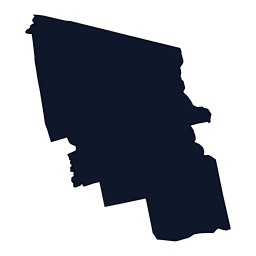 the district of Babaita, Teleorman, Romania
{"feature_id": "2599482B60473454525777", "entity_name": "Babaita", "entity_type": "district", "adm_level": 2, "iso_a3": "ROU", "parent_name": "Romania", "parent_adm1": "Teleorman", "projection": "albers", "projection_center": [25.418, 44.126], "detail": "fine", "context": "isolated", "style": "filled", "palette": "ink", "viewbox_px": 256, "rotation_deg": 0, "n_neighbors": 0, "source": "geoboundaries", "source_scale": "gbopen_adm2", "svg_char_len": 5382}
<svg xmlns="http://www.w3.org/2000/svg" viewBox="0 0 256 256"><path d="M179.7,48.7L139.2,38.8L70.9,21.9L65.6,21.4L64.1,21.1L48.0,17.4L44.5,16.5L39.0,15.7L36.5,15.5L34.6,15.4L34.9,15.7L35.0,16.0L35.1,16.3L35.1,16.9L35.0,17.1L34.3,18.0L34.1,18.6L33.3,19.2L33.1,19.5L32.9,20.2L32.9,20.5L33.3,21.2L33.5,21.6L34.0,21.9L34.1,22.1L34.3,22.2L34.5,22.5L34.8,23.0L34.9,23.4L34.8,23.6L34.7,23.7L34.5,23.9L34.0,24.1L33.6,24.2L33.2,24.4L32.6,24.6L31.9,25.1L30.9,25.9L30.7,26.1L30.6,26.4L30.5,26.7L30.7,27.0L30.7,27.4L30.6,27.8L30.5,28.0L30.4,28.2L29.4,28.9L28.9,29.3L28.3,29.5L27.4,30.1L26.7,30.7L26.4,31.1L26.2,31.4L26.1,31.7L26.0,31.9L26.0,32.3L26.5,32.6L27.2,32.8L29.0,33.2L30.8,33.3L31.3,33.3L31.9,33.4L32.4,33.5L32.6,35.3L33.5,41.5L35.2,56.6L35.3,60.6L37.2,71.9L38.5,80.5L39.4,84.8L40.6,91.1L44.3,114.0L45.6,123.2L47.1,127.3L47.6,128.5L48.7,132.1L51.5,141.3L65.9,137.0L67.4,136.6L69.0,140.3L69.4,141.5L70.3,142.8L71.1,143.4L72.6,144.2L74.7,145.1L75.8,144.5L76.9,148.6L76.0,151.2L68.2,154.6L69.4,157.2L69.7,157.3L69.8,157.5L69.9,157.9L69.9,158.5L69.8,159.1L69.9,159.3L70.0,159.4L70.1,159.5L70.5,159.3L70.9,159.7L71.1,159.9L71.3,160.5L71.3,160.8L71.3,161.1L71.0,161.8L70.7,162.5L70.7,163.0L70.8,163.2L70.9,163.4L71.5,163.7L71.9,164.1L72.1,164.3L72.3,165.8L72.2,166.5L72.0,166.8L71.9,167.0L71.8,167.3L71.6,167.4L71.4,167.5L71.0,167.4L70.8,167.6L70.7,167.9L70.8,168.2L70.9,168.5L71.4,169.2L72.0,169.5L72.1,169.8L71.9,170.1L71.5,170.2L71.1,170.2L71.0,170.3L70.9,170.4L71.1,170.8L71.1,171.0L71.3,171.1L71.7,171.2L73.2,171.2L73.4,171.0L73.6,170.8L73.6,170.7L73.4,170.3L73.4,170.1L73.5,169.9L73.8,169.8L74.1,169.9L74.2,170.0L74.3,170.3L74.4,170.5L74.4,171.2L74.3,171.8L74.2,172.7L74.3,172.9L74.5,173.1L74.6,173.6L74.6,173.8L74.1,174.2L74.0,174.3L74.1,174.6L74.8,175.1L74.9,175.4L74.9,175.6L74.6,176.4L74.2,176.9L73.9,177.1L73.4,177.1L73.1,177.2L72.3,177.7L72.2,177.9L72.3,178.1L72.0,178.6L72.2,179.3L72.2,179.6L71.9,180.7L72.0,180.9L72.7,181.6L72.8,182.0L73.3,182.3L73.5,182.3L73.6,182.1L73.9,182.1L73.9,183.2L73.9,183.5L73.9,184.4L74.0,184.8L74.1,186.1L74.1,186.4L74.9,186.7L75.6,186.8L78.0,185.7L78.4,185.7L79.9,185.1L80.2,184.9L80.2,184.7L80.7,184.2L80.9,183.9L81.3,183.3L81.5,183.0L81.6,182.8L82.0,182.7L82.3,182.8L82.8,183.4L82.8,183.6L82.8,184.0L83.4,184.8L83.4,185.2L83.5,185.4L83.6,185.6L83.8,185.7L84.0,185.7L84.3,185.7L84.8,185.6L93.6,182.7L96.8,181.9L100.0,181.1L101.4,187.8L105.2,206.1L131.6,200.7L145.7,197.7L146.6,199.0L151.9,225.0L152.9,230.1L153.3,232.6L155.2,235.4L157.4,238.8L158.1,238.9L161.3,239.1L174.4,240.6L176.9,240.4L188.9,236.9L194.0,233.6L199.8,232.6L207.9,232.2L213.1,232.3L216.6,228.7L217.7,227.9L218.9,227.8L224.1,229.5L224.2,229.4L224.7,229.3L225.1,229.3L225.5,229.6L225.9,229.8L226.3,229.7L226.9,229.6L227.4,229.5L227.6,229.2L227.9,229.1L230.0,228.7L222.3,194.8L215.2,159.9L214.3,159.6L214.0,159.4L213.5,158.8L213.1,158.5L212.6,158.1L211.5,157.5L211.2,157.1L210.7,157.1L210.5,156.7L210.3,156.6L209.7,156.5L209.5,156.4L209.2,156.1L208.8,155.9L208.3,155.7L207.8,155.7L207.6,155.7L207.4,155.8L206.9,155.9L205.5,156.0L204.8,155.9L204.0,155.6L203.3,155.3L203.1,155.1L203.0,154.8L203.0,154.5L203.4,152.6L203.5,151.9L203.4,151.2L203.3,150.6L203.2,150.1L202.9,149.6L202.9,149.2L202.7,148.9L202.4,147.9L202.3,147.7L201.8,147.4L201.0,146.5L200.2,145.9L199.6,145.2L199.3,145.0L198.7,144.6L197.7,144.1L197.2,144.0L196.9,143.9L196.3,143.4L195.8,143.2L194.8,143.1L194.4,143.0L193.0,142.4L193.0,142.2L194.2,140.9L194.7,140.0L194.8,139.6L194.9,139.3L194.9,137.8L194.8,136.8L194.6,135.5L193.5,132.5L193.3,131.8L193.1,130.8L193.0,130.5L192.2,129.3L191.3,127.9L190.7,127.1L190.2,126.5L190.0,126.1L189.9,125.7L189.7,125.4L189.7,125.2L190.6,124.8L193.2,124.2L197.3,123.0L199.1,122.6L201.4,122.3L203.0,122.0L206.5,121.2L207.2,121.1L207.8,121.1L208.1,121.4L208.7,122.2L209.0,122.3L209.9,121.3L209.7,121.1L209.7,120.6L209.6,119.4L209.7,119.2L209.7,118.9L209.7,118.7L209.6,118.2L209.8,117.9L209.9,117.7L210.0,117.6L210.0,117.0L210.1,116.7L210.1,116.2L210.4,115.8L210.5,115.5L210.7,114.7L210.7,114.3L210.5,113.9L210.0,113.4L209.9,113.0L209.6,112.7L209.0,112.3L208.9,112.1L208.9,111.5L208.9,111.3L208.9,111.2L208.5,111.0L208.2,110.6L207.9,110.3L207.8,109.9L207.5,109.5L207.2,109.3L206.8,109.2L206.3,109.2L206.2,109.2L205.2,108.9L204.4,108.8L203.2,108.1L202.5,107.7L202.4,107.4L200.9,107.4L199.6,107.5L199.2,107.9L198.3,108.0L197.8,107.7L197.4,107.6L196.6,107.5L195.7,107.1L194.6,106.8L193.1,105.7L192.5,105.4L192.4,105.3L191.8,104.0L191.4,103.4L191.1,102.6L190.9,102.3L190.3,101.6L190.2,101.3L190.1,101.1L190.0,100.7L189.9,100.5L189.6,100.3L189.1,99.8L188.8,99.2L188.3,98.6L188.0,98.1L187.9,97.6L187.7,97.3L187.4,97.1L186.8,96.6L186.4,96.3L186.0,95.7L185.9,95.4L185.6,95.1L185.0,94.7L184.5,94.4L184.0,93.8L183.7,93.6L183.3,93.2L182.6,91.9L182.5,91.6L182.5,91.3L183.0,90.8L183.3,90.2L183.7,89.8L183.8,89.4L184.2,88.5L184.3,88.0L184.3,86.9L184.2,86.4L183.8,85.4L183.5,84.2L183.1,82.9L183.1,82.0L183.0,81.8L182.6,81.4L182.0,80.8L181.4,80.4L181.1,80.1L180.9,79.6L180.6,78.1L180.0,76.9L179.9,76.4L179.9,76.1L180.0,75.1L180.3,73.8L180.5,72.8L180.5,72.2L180.4,71.7L180.2,70.7L179.8,68.9L179.5,68.2L179.4,68.0L179.4,67.6L179.4,67.4L179.5,67.2L180.4,66.0L182.1,63.3L182.5,62.5L182.6,62.0L182.7,61.0L182.6,60.5L181.9,58.0L181.6,56.6L181.3,55.5L181.1,55.0L180.9,54.6L180.7,54.1L180.7,52.9L180.8,52.4L180.7,51.8L180.5,51.0L180.3,50.1L179.7,48.7Z" fill="#0f172a" stroke="#020617" stroke-width="1.5"/></svg>